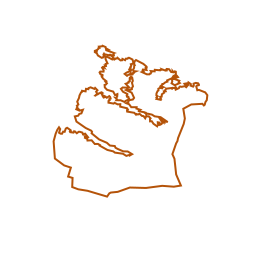 outline of Snillfjord nor, Sør-Trøndelag, Norway, rotated 45°
{"feature_id": "86288312B69677732452167", "entity_name": "Snillfjord nor", "entity_type": "district", "adm_level": 2, "iso_a3": "NOR", "parent_name": "Norway", "parent_adm1": "Sør-Trøndelag", "projection": "orthographic", "projection_center": [9.339, 63.426], "detail": "fine", "context": "isolated", "style": "outline", "palette": "amber", "viewbox_px": 256, "rotation_deg": 45, "n_neighbors": 0, "source": "geoboundaries", "source_scale": "gbopen_adm2", "svg_char_len": 5675}
<svg xmlns="http://www.w3.org/2000/svg" viewBox="0 0 256 256"><g transform="rotate(45 128 128)"><path d="M165.7,58.4L165.8,57.3L164.4,54.9L164.0,52.6L160.9,48.7L157.4,48.2L151.2,50.9L150.3,52.3L146.8,50.3L146.7,49.3L147.8,47.6L147.4,47.1L146.0,46.8L144.0,48.2L143.0,50.3L144.6,51.6L144.8,52.7L142.3,53.8L141.4,52.5L138.6,53.0L140.0,54.8L138.5,55.5L138.3,54.4L137.4,55.7L138.4,55.5L137.3,56.8L140.2,56.7L140.3,58.0L138.6,58.2L136.8,61.0L135.2,62.0L135.7,61.8L135.3,62.3L135.8,63.9L134.6,67.1L133.8,66.5L133.8,65.6L132.8,65.4L132.5,67.1L131.4,67.8L131.4,69.9L130.8,68.6L127.2,73.2L127.5,75.0L128.6,75.4L127.4,76.7L128.6,77.4L128.1,80.2L129.6,82.0L128.8,83.2L130.7,84.1L130.3,84.6L131.0,85.1L127.6,87.3L127.4,86.4L126.5,86.3L126.5,84.6L124.9,84.8L123.7,83.4L122.8,81.0L123.0,79.9L121.7,78.8L122.2,77.1L124.0,75.8L123.3,75.3L124.0,74.2L122.4,74.8L122.0,76.4L121.4,75.8L121.6,73.1L121.2,72.6L121.8,72.0L122.1,69.3L123.1,67.3L122.0,66.7L123.9,61.8L123.4,59.1L124.8,58.5L124.0,58.3L124.7,57.7L125.8,58.3L125.0,59.9L125.5,59.9L127.3,56.7L125.4,56.5L123.9,57.4L123.9,56.2L122.0,54.4L121.2,54.8L121.5,55.4L120.9,56.3L119.5,56.2L120.3,56.8L118.9,57.9L115.5,57.4L113.6,58.9L113.7,59.8L114.5,59.7L114.7,59.9L113.9,60.9L110.2,62.6L110.8,62.8L109.6,64.3L109.8,64.6L105.8,67.9L106.8,69.1L103.9,71.6L105.1,71.9L105.5,73.5L105.1,73.8L105.2,74.9L103.4,76.7L98.3,78.6L99.0,77.1L97.6,77.0L97.2,76.1L100.0,73.9L97.9,73.1L97.8,72.5L98.4,72.0L97.8,71.5L93.5,71.8L85.6,74.3L85.5,76.4L87.3,78.6L88.4,78.8L88.3,79.5L89.8,81.2L90.5,83.4L91.6,83.9L93.5,82.4L92.9,83.9L93.2,84.8L92.6,85.7L93.1,86.4L91.1,87.2L91.2,88.3L92.2,88.3L90.6,90.0L90.4,91.8L87.4,92.1L87.8,89.8L89.6,85.6L89.1,84.8L87.5,85.7L87.0,84.0L87.3,83.5L86.6,83.3L86.3,81.6L84.9,80.9L85.7,79.6L85.6,77.9L82.7,76.4L79.1,77.6L78.6,78.2L78.7,79.3L77.5,80.4L78.0,82.1L75.2,83.1L75.9,84.3L74.9,85.5L70.8,85.8L71.0,86.8L69.7,88.1L70.1,88.5L69.9,89.3L67.6,88.7L68.7,89.6L68.1,90.0L68.3,90.7L63.0,92.4L61.9,93.7L63.5,95.2L67.8,96.8L66.9,98.5L68.4,99.6L67.4,100.2L68.1,100.6L67.7,102.1L68.3,102.2L67.0,102.7L67.0,103.7L69.9,104.3L70.8,105.4L68.5,107.7L68.6,108.8L70.2,109.4L72.5,108.5L73.0,109.0L72.4,109.8L73.1,110.3L75.7,110.7L79.8,110.2L80.1,110.7L79.7,111.2L81.5,111.3L81.6,113.0L81.0,114.1L82.9,115.7L86.2,115.8L91.8,112.7L95.6,113.9L96.5,111.5L97.2,112.1L97.2,113.1L98.2,113.5L98.2,114.7L98.7,115.1L98.1,115.5L99.8,115.5L100.1,116.6L103.2,113.6L107.2,112.0L107.1,110.7L108.1,107.9L107.7,106.9L108.7,106.0L107.3,106.6L106.2,105.7L105.2,106.6L104.1,106.0L104.0,104.9L103.5,104.4L98.8,105.9L95.3,105.3L95.6,103.1L99.3,99.7L99.1,99.1L99.8,98.5L95.1,98.4L96.3,95.5L95.6,94.9L96.2,93.7L94.4,92.0L94.8,91.5L93.8,91.1L93.9,89.7L95.2,89.3L98.1,91.3L98.8,93.2L102.0,95.0L102.6,97.2L103.3,97.8L102.7,99.3L100.2,101.0L99.7,102.6L105.6,100.4L111.0,102.4L111.3,104.4L108.9,107.9L109.9,109.3L109.4,111.6L112.0,110.4L115.6,111.0L119.4,107.2L120.2,108.3L123.6,106.5L123.2,108.0L123.7,108.5L128.6,105.2L129.8,105.8L129.2,105.1L129.9,104.6L131.5,105.7L131.2,104.6L131.7,104.0L135.5,101.6L138.6,100.9L143.4,97.3L151.9,95.7L148.8,97.5L147.8,97.1L149.5,98.1L148.7,98.4L149.2,98.9L147.9,98.9L148.3,99.4L145.9,98.2L144.0,98.9L148.5,99.7L148.9,101.5L148.4,103.0L146.5,101.9L145.0,102.9L145.9,103.7L147.8,103.5L147.0,105.4L147.4,106.2L143.0,107.0L140.0,106.4L138.9,107.7L137.2,106.1L137.1,105.2L134.4,105.1L132.6,106.9L133.3,109.0L130.6,108.6L129.3,109.6L126.1,109.8L125.5,111.4L124.1,112.1L124.2,112.9L121.7,112.8L115.8,117.0L114.7,116.1L115.0,115.1L113.4,114.7L107.4,118.4L105.7,116.6L104.0,118.6L100.7,119.7L100.6,120.9L96.3,123.9L95.1,122.7L95.4,121.4L94.4,120.9L94.9,119.5L93.5,118.7L92.2,118.7L91.6,121.6L90.3,121.7L89.2,123.7L87.9,123.4L88.4,122.2L86.4,122.9L84.6,122.1L85.0,121.3L84.1,121.4L83.8,122.0L84.5,122.1L83.0,123.9L82.8,125.6L82.1,127.0L82.1,128.1L81.9,128.2L82.0,125.4L79.8,124.9L79.7,122.9L76.4,122.9L76.6,124.1L72.8,125.7L71.9,127.7L72.5,128.6L70.6,130.0L72.1,132.1L69.2,134.2L69.9,135.1L69.6,135.9L70.7,139.3L72.1,141.4L73.5,145.3L76.3,146.5L76.1,148.4L77.4,148.9L77.6,149.8L78.9,149.7L78.0,150.6L78.2,151.3L81.5,150.0L83.2,147.0L84.7,150.6L83.6,152.5L84.1,154.5L82.2,157.4L87.0,159.9L98.1,157.9L103.9,155.9L105.3,156.1L106.0,157.5L115.7,156.5L123.5,153.4L127.6,153.2L131.4,150.1L133.1,150.8L135.5,150.1L141.1,147.9L144.4,144.8L149.4,143.6L148.7,146.1L148.2,145.8L146.5,148.9L142.6,149.8L136.1,154.7L134.2,154.9L128.9,158.1L120.4,160.5L120.2,159.9L118.0,160.5L115.8,162.8L111.0,162.4L108.2,165.5L106.9,164.5L103.7,165.7L104.6,164.9L103.6,164.5L106.0,163.7L106.3,162.8L101.7,162.3L100.6,164.3L99.0,163.5L96.7,164.7L95.8,165.6L95.5,167.9L92.8,168.0L92.5,168.9L92.9,169.0L92.4,168.9L92.7,169.8L90.1,171.8L89.3,171.6L89.1,171.0L89.6,170.5L89.0,170.1L84.8,170.9L84.4,172.4L85.9,175.5L84.7,176.4L85.4,178.7L84.3,179.7L82.6,180.1L80.8,176.7L78.7,176.3L79.3,179.3L80.9,183.2L84.8,190.0L97.9,201.3L109.3,199.6L115.6,196.4L120.0,204.7L124.1,202.5L130.3,209.2L136.2,206.5L143.8,201.0L161.7,191.3L161.0,187.4L161.5,185.8L165.9,180.4L171.4,168.8L183.1,157.7L193.1,144.7L201.9,137.1L206.1,131.3L194.9,126.8L182.6,116.9L177.9,115.1L172.9,104.8L172.2,102.3L170.5,99.7L164.5,85.7L161.5,81.1L153.5,75.3L156.1,66.6L163.5,58.3L165.7,58.4ZM65.0,84.9L57.6,88.4L56.9,87.9L58.0,86.7L55.9,87.3L54.9,86.6L51.0,88.2L52.4,87.9L49.9,91.0L51.2,91.5L50.6,92.4L51.1,93.1L50.9,94.6L51.9,96.2L51.3,96.8L50.4,96.0L50.0,96.9L50.9,97.8L53.1,97.2L55.4,98.0L59.8,97.0L60.6,95.5L60.0,94.8L60.2,94.0L58.7,93.4L58.5,92.5L60.0,92.9L60.3,92.3L59.8,92.1L63.6,89.7L63.3,89.2L63.7,88.7L67.5,88.5L65.0,88.0L66.6,86.6L64.8,85.3L65.0,84.9ZM130.9,58.3L126.0,60.6L124.6,62.4L126.4,63.8L127.2,65.6L130.8,64.7L132.8,59.6L131.3,59.7L130.9,58.3Z" fill="none" stroke="#b45309" stroke-width="2"/></g></svg>